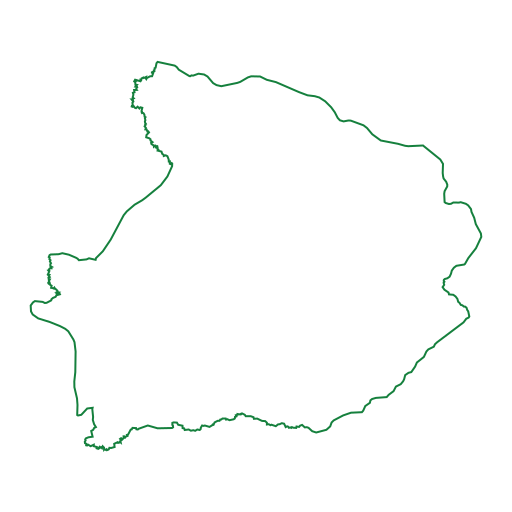 outline of Sa Bot, Lop Buri, Thailand
{"feature_id": "78962969B19541644764840", "entity_name": "Sa Bot", "entity_type": "district", "adm_level": 2, "iso_a3": "THA", "parent_name": "Thailand", "parent_adm1": "Lop Buri", "projection": "mercator", "projection_center": [100.826, 15.236], "detail": "fine", "context": "isolated", "style": "outline", "palette": "green", "viewbox_px": 512, "rotation_deg": 0, "n_neighbors": 0, "source": "geoboundaries", "source_scale": "gbopen_adm2", "svg_char_len": 5942}
<svg xmlns="http://www.w3.org/2000/svg" viewBox="0 0 512 512"><path d="M423.0,145.5L408.3,146.2L405.1,145.8L398.0,143.8L380.8,140.5L372.3,134.3L367.0,128.0L363.5,125.3L350.7,120.6L348.4,120.5L343.6,121.4L339.9,120.3L337.7,117.9L334.8,112.3L331.2,107.3L325.2,101.3L319.3,97.5L314.8,96.2L307.5,95.3L299.0,92.1L275.9,82.1L266.8,79.8L260.1,76.5L251.2,76.3L247.9,77.4L240.2,81.9L237.3,82.9L221.3,86.2L216.5,85.1L213.1,83.1L207.5,76.5L204.1,74.5L198.5,73.7L193.1,75.6L191.4,75.4L190.3,76.2L189.4,76.1L178.8,69.7L176.7,67.0L174.7,65.6L157.6,61.9L156.5,63.2L155.6,67.7L154.6,68.2L154.6,69.8L153.9,70.3L154.3,71.2L151.9,72.3L151.9,72.7L153.2,73.1L152.1,76.2L150.1,76.3L146.9,78.0L146.3,79.1L145.5,77.9L145.8,77.1L143.8,78.0L143.4,77.5L141.6,78.4L141.2,80.2L140.4,79.8L140.2,81.2L137.5,80.4L136.3,80.9L136.3,80.0L135.1,79.7L134.2,81.4L135.3,82.3L135.4,84.7L136.9,84.9L135.5,86.6L137.0,86.8L137.2,87.4L136.5,87.9L136.2,89.2L136.7,89.9L134.1,90.0L134.5,92.3L132.9,92.8L133.4,94.7L132.7,97.3L133.7,98.3L132.6,98.7L132.9,99.9L131.8,99.7L133.3,101.6L132.4,102.8L132.9,105.7L131.9,105.8L131.7,106.5L132.8,106.9L133.8,106.3L134.9,107.8L136.0,108.2L137.6,106.7L139.4,108.5L140.4,107.3L142.3,107.8L141.5,111.1L141.9,111.5L141.7,112.6L142.0,113.1L142.7,112.8L143.6,113.3L144.4,114.7L144.6,116.7L145.5,117.2L144.9,118.4L145.4,120.2L144.9,121.2L145.1,122.7L145.9,123.9L145.2,124.4L145.5,125.1L144.6,126.3L145.9,127.9L145.4,129.4L146.6,129.5L147.4,131.5L148.2,131.3L149.0,132.4L146.5,135.0L146.2,137.3L149.3,138.3L150.5,139.3L150.5,140.5L152.5,142.1L151.1,142.9L151.5,144.1L153.8,145.5L153.9,146.6L155.2,145.5L155.8,145.8L155.9,146.9L157.3,146.3L157.5,147.2L156.6,147.8L157.6,148.2L157.5,149.1L158.3,149.6L157.7,150.6L161.5,151.6L162.2,153.8L163.7,154.9L163.8,156.0L165.7,155.3L167.4,156.2L168.7,159.5L168.8,161.5L169.9,161.4L169.8,163.8L170.8,164.2L171.7,163.1L172.2,163.5L172.1,166.2L167.4,176.5L160.8,185.2L145.5,197.8L142.1,200.3L134.6,204.7L126.8,211.4L123.7,215.2L110.7,239.6L102.8,251.3L96.0,258.1L95.6,259.8L89.0,258.3L86.5,259.4L78.9,260.2L77.6,258.7L75.9,257.7L68.9,254.7L62.3,253.2L58.7,254.2L50.7,254.5L49.6,255.1L48.8,257.0L49.7,257.5L49.4,259.2L50.5,260.2L49.9,261.5L51.0,263.2L50.3,264.2L50.3,266.0L51.8,266.9L51.0,267.2L51.4,268.3L49.7,268.4L48.9,269.5L49.2,270.3L48.3,270.5L49.2,271.6L47.9,274.4L49.3,274.8L48.6,275.6L49.5,276.4L49.0,277.1L49.5,277.6L48.5,277.8L48.8,279.7L49.6,279.8L48.9,281.0L49.2,281.5L48.2,282.9L48.7,283.7L49.8,283.3L50.1,284.8L51.6,285.7L51.1,287.8L53.5,288.3L54.2,287.7L54.3,288.3L53.5,289.0L55.1,288.5L57.4,290.7L57.7,291.6L56.9,292.1L58.7,292.4L57.1,293.5L58.5,293.9L59.5,293.5L59.9,294.3L56.4,295.3L55.6,296.8L53.0,297.9L51.5,299.2L51.2,300.4L46.6,302.8L44.8,303.0L42.7,301.9L34.9,301.1L33.0,302.4L30.7,305.5L31.0,311.4L32.7,314.5L38.2,318.4L49.8,322.0L60.0,326.1L65.2,328.8L68.3,331.3L73.4,339.5L74.5,342.2L75.6,351.5L75.3,372.2L74.3,381.4L74.4,387.2L77.0,398.4L77.5,405.0L77.2,415.0L78.0,415.5L81.3,414.8L87.2,408.5L92.6,407.8L92.3,409.1L93.1,417.0L92.8,419.9L94.1,424.2L95.9,427.1L94.2,427.9L93.2,429.8L91.2,431.0L92.6,436.7L88.4,437.3L85.8,438.4L85.2,439.5L85.6,440.5L84.8,441.7L85.0,443.2L86.4,443.8L86.2,445.3L87.1,445.5L88.2,444.7L90.6,446.2L93.8,444.7L93.8,446.2L96.8,447.0L96.6,448.3L97.9,448.7L99.7,446.8L100.0,447.2L99.7,448.0L101.1,447.2L102.0,448.2L102.7,446.3L104.0,447.6L104.1,449.7L104.6,449.2L106.2,450.1L106.7,449.3L107.6,450.0L108.8,449.3L109.4,447.8L111.1,448.0L114.6,447.0L114.2,443.8L117.6,442.2L118.0,442.9L119.1,442.7L119.8,441.8L120.7,442.5L120.4,440.9L121.2,440.3L120.1,438.9L121.1,438.2L122.5,439.3L123.7,437.8L123.6,436.3L124.1,436.3L124.4,437.6L124.9,437.8L125.9,436.5L127.4,436.0L127.0,434.9L128.0,434.7L130.7,429.6L131.7,429.4L132.5,427.9L136.1,428.1L136.4,429.3L137.8,429.5L138.8,428.7L147.8,425.5L157.6,428.3L172.0,428.0L173.1,427.3L172.9,425.4L172.3,424.9L172.4,422.8L173.7,422.4L176.9,422.6L178.2,424.8L182.5,425.7L182.6,428.1L184.2,428.4L184.7,430.0L188.7,429.5L190.9,430.7L193.3,430.2L195.2,430.8L197.3,429.5L199.7,430.0L200.7,429.0L200.8,427.7L202.1,425.5L203.7,425.9L204.8,425.5L209.5,426.9L212.3,425.2L212.7,424.5L213.5,424.8L214.6,422.4L217.7,420.8L219.5,420.8L220.3,419.5L221.3,419.5L222.5,418.5L225.7,418.5L226.1,419.6L227.3,419.2L229.5,420.2L233.6,419.3L234.8,418.5L235.0,416.9L236.4,416.4L235.9,415.2L237.5,414.8L237.5,414.0L239.7,414.4L240.7,413.9L241.0,414.3L242.0,413.4L244.8,414.8L245.7,416.2L250.7,416.2L253.5,417.2L253.9,418.8L257.2,418.6L262.0,420.9L265.2,421.1L266.9,422.7L266.9,424.5L268.7,424.2L270.5,425.2L271.4,424.7L275.8,426.2L278.0,424.4L279.7,424.2L281.8,423.2L284.1,423.7L285.7,427.1L287.1,426.3L288.2,426.7L288.9,427.8L290.3,427.4L291.2,427.9L291.9,427.1L293.2,427.7L296.2,427.9L296.5,426.5L299.1,426.9L300.0,425.7L302.1,424.9L304.8,427.4L306.8,427.2L308.5,427.8L312.2,431.2L316.2,432.5L326.4,429.8L330.2,426.4L331.6,422.5L333.7,420.4L343.2,415.4L351.0,412.7L361.9,412.2L363.2,410.7L365.3,406.0L369.9,402.8L370.4,400.4L372.1,399.0L375.9,397.9L386.7,397.1L388.7,394.8L393.6,391.1L395.9,386.6L400.7,384.2L403.1,381.3L404.1,379.3L405.2,375.1L408.5,372.8L411.3,372.1L415.1,366.6L416.9,362.5L423.9,356.9L426.4,351.5L428.3,349.4L433.8,346.7L435.0,344.2L437.2,342.2L463.5,322.4L466.3,318.7L468.6,317.6L469.3,316.5L468.2,311.3L467.2,309.9L466.5,307.7L465.1,306.6L463.9,306.6L462.4,305.3L460.8,304.9L459.4,302.7L458.2,301.8L457.4,298.9L455.6,296.5L453.3,294.8L449.0,294.4L448.5,292.5L444.4,289.7L442.6,287.1L444.2,284.8L443.6,282.8L444.4,281.8L443.7,280.9L443.9,279.8L444.8,279.0L447.3,278.3L449.6,276.7L451.0,273.7L451.8,270.6L453.9,267.7L456.4,265.8L464.3,264.5L465.0,263.9L468.3,258.1L476.0,248.2L481.3,236.9L480.9,233.5L475.8,224.1L474.2,217.8L471.5,211.9L471.0,209.1L468.2,205.4L465.9,203.8L460.7,202.2L458.9,202.6L453.3,202.5L451.0,203.8L448.9,204.0L445.7,203.0L444.6,202.1L444.2,193.8L444.6,191.2L447.2,186.5L447.3,184.7L446.2,181.8L443.6,178.5L443.1,176.4L442.7,173.0L443.0,163.9L440.3,159.5L423.0,145.5Z" fill="none" stroke="#15803d" stroke-width="2"/></svg>